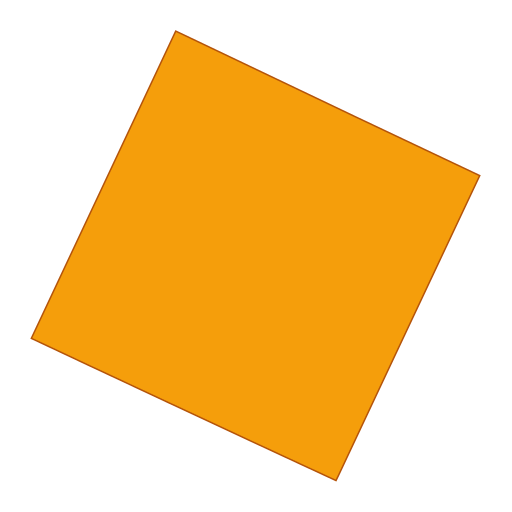 outline of Chapaleufú, La Pampa, Argentina, rotated 205°
{"feature_id": "61730980B17447660038504", "entity_name": "Chapaleufú", "entity_type": "district", "adm_level": 2, "iso_a3": "ARG", "parent_name": "Argentina", "parent_adm1": "La Pampa", "projection": "albers", "projection_center": [-63.678, -35.228], "detail": "fine", "context": "isolated", "style": "filled", "palette": "amber", "viewbox_px": 512, "rotation_deg": 205, "n_neighbors": 0, "source": "geoboundaries", "source_scale": "gbopen_adm2", "svg_char_len": 383}
<svg xmlns="http://www.w3.org/2000/svg" viewBox="0 0 512 512"><g transform="rotate(205 256 256)"><path d="M424.0,361.4L424.8,86.4L424.0,86.4L360.5,86.2L337.1,86.2L273.0,86.1L183.0,86.1L126.8,86.2L88.6,86.3L88.5,91.9L88.0,234.0L87.6,330.0L87.6,333.4L87.2,423.4L87.9,423.4L225.5,424.2L423.0,425.9L423.8,425.9L424.0,361.4Z" fill="#f59e0b" stroke="#b45309" stroke-width="1.5"/></g></svg>